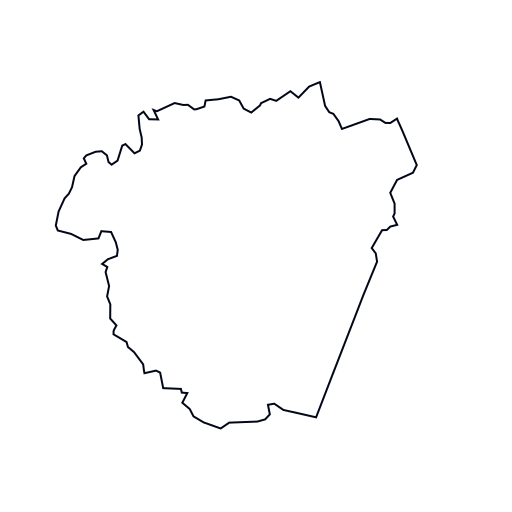 outline of Aibonito, Puerto Rico, rotated 252°
{"feature_id": "32010507B49819301822346", "entity_name": "Aibonito", "entity_type": "district", "adm_level": 2, "iso_a3": "PRI", "parent_name": "Puerto Rico", "parent_adm1": "", "projection": "orthographic", "projection_center": [-66.255, 18.128], "detail": "fine", "context": "isolated", "style": "outline", "palette": "ink", "viewbox_px": 512, "rotation_deg": 252, "n_neighbors": 0, "source": "geoboundaries", "source_scale": "gbopen_adm2", "svg_char_len": 1699}
<svg xmlns="http://www.w3.org/2000/svg" viewBox="0 0 512 512"><g transform="rotate(252 256 256)"><path d="M292.8,437.0L329.8,433.9L335.6,433.3L340.7,432.7L343.1,432.6L341.0,424.8L342.6,420.2L347.5,416.2L351.2,406.5L350.3,377.0L358.8,376.2L367.3,373.5L370.1,370.1L377.4,368.1L401.6,370.5L401.6,369.6L400.7,358.9L393.5,345.3L402.1,339.6L397.3,323.2L401.1,318.0L399.8,308.0L398.0,306.4L393.9,295.8L400.0,289.8L409.1,288.1L415.2,281.4L416.7,268.6L419.5,256.2L414.1,253.1L414.0,244.7L414.5,242.5L420.8,238.0L422.1,233.5L426.6,225.9L424.3,206.4L426.5,203.7L416.1,205.1L419.1,196.6L428.0,193.6L426.0,187.6L412.7,184.6L404.1,183.9L397.2,182.0L392.1,178.1L391.2,172.2L402.8,166.4L402.3,162.9L389.5,153.8L387.5,146.9L390.9,144.8L397.8,145.3L403.3,141.7L404.7,135.7L404.1,125.7L402.1,122.4L396.2,123.1L394.5,116.8L388.1,108.1L378.3,102.3L373.1,97.3L370.0,91.8L359.3,82.0L346.8,75.0L341.5,75.4L334.2,86.9L324.6,96.7L321.4,111.6L327.4,116.6L323.6,125.6L312.3,126.9L304.6,126.4L299.1,123.8L298.7,114.2L296.0,107.2L291.5,111.2L287.2,108.0L272.8,107.0L263.6,101.9L255.0,102.5L241.6,98.0L233.1,101.8L229.8,98.3L228.5,97.3L225.5,96.3L214.2,106.3L209.0,106.1L202.3,110.3L187.8,115.2L182.0,114.1L179.0,113.7L177.9,125.5L174.7,128.8L159.0,126.9L152.8,143.5L149.0,143.2L146.9,148.3L139.2,140.6L130.9,145.7L122.8,147.0L113.9,154.8L102.9,169.1L104.0,172.9L105.8,179.0L98.1,206.2L97.8,214.2L101.1,220.2L110.8,221.4L109.9,227.7L101.1,234.5L93.5,247.4L84.0,263.3L117.4,290.4L169.5,332.9L185.5,345.9L213.2,369.4L221.5,370.7L227.8,368.5L241.6,383.9L240.3,388.4L242.5,392.9L242.0,399.9L251.1,398.6L253.7,401.0L263.0,404.0L274.6,403.2L284.8,413.7L286.7,431.0L292.8,437.0Z" fill="none" stroke="#020617" stroke-width="2"/></g></svg>